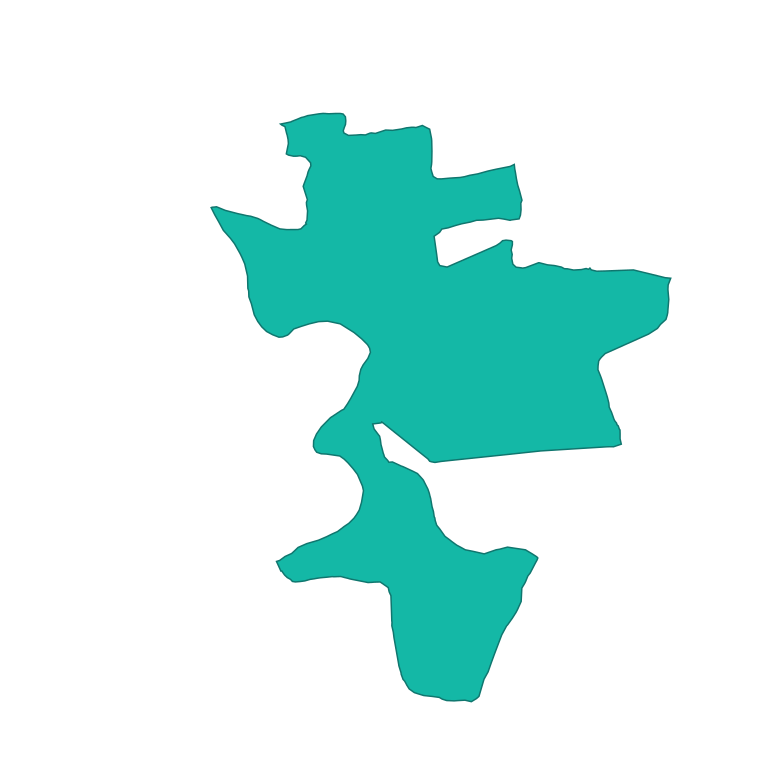 the district of Al-Mahmudiyya, Al Buhayrah, Egypt, rotated 209°
{"feature_id": "37247803B49167572517761", "entity_name": "Al-Mahmudiyya", "entity_type": "district", "adm_level": 2, "iso_a3": "EGY", "parent_name": "Egypt", "parent_adm1": "Al Buhayrah", "projection": "mercator", "projection_center": [30.503, 31.197], "detail": "fine", "context": "isolated", "style": "filled", "palette": "teal", "viewbox_px": 768, "rotation_deg": 209, "n_neighbors": 0, "source": "geoboundaries", "source_scale": "gbopen_adm2", "svg_char_len": 6159}
<svg xmlns="http://www.w3.org/2000/svg" viewBox="0 0 768 768"><g transform="rotate(209 384 384)"><path d="M184.5,615.5L189.6,613.3L195.5,611.7L221.1,604.7L245.6,589.9L252.6,585.8L256.1,584.8L258.1,584.3L260.1,585.2L260.5,584.1L260.9,583.4L263.2,583.0L266.8,579.8L269.6,578.0L272.6,576.1L273.7,575.5L279.3,573.7L282.2,572.3L285.4,572.3L290.5,570.8L292.4,570.2L298.7,567.5L304.8,565.9L306.7,565.4L307.6,565.0L310.8,561.2L316.5,554.5L318.9,552.6L320.4,552.1L325.1,550.2L327.1,550.7L329.4,551.3L333.3,555.9L334.7,559.5L337.7,562.8L338.2,564.4L339.2,568.0L340.8,570.9L342.3,571.0L346.3,569.3L347.0,569.0L349.8,566.8L350.7,564.0L351.0,563.2L353.0,559.4L358.2,552.6L385.5,516.9L392.6,514.6L396.3,516.8L400.7,522.8L411.8,537.5L408.9,543.6L408.5,547.6L403.6,551.7L398.0,557.6L393.7,561.8L387.0,567.5L382.5,572.0L376.7,575.5L370.3,580.1L364.2,584.5L359.0,586.4L353.1,588.3L352.2,589.2L345.9,593.9L346.5,597.8L348.6,602.8L350.2,605.5L352.0,608.5L352.4,611.6L359.0,618.5L363.5,622.8L365.2,624.8L367.6,627.6L371.5,632.6L373.9,635.5L376.5,639.2L377.2,638.2L379.1,635.5L381.1,633.8L387.0,628.8L389.5,626.7L392.8,623.8L396.6,620.4L403.8,613.3L408.2,609.7L410.2,608.1L414.1,604.3L417.6,601.5L426.2,596.0L433.4,591.1L437.0,589.2L439.6,589.3L441.6,589.4L445.1,592.7L447.5,595.3L448.9,599.2L450.0,601.6L454.9,610.8L460.2,619.9L461.5,621.8L467.6,629.0L471.7,628.8L475.8,628.7L478.4,625.9L480.4,623.8L482.4,623.0L484.2,622.0L488.6,618.9L492.2,615.6L499.5,610.0L505.7,606.9L513.0,599.0L515.2,598.1L516.7,597.5L517.8,596.7L519.4,594.8L521.0,592.8L525.2,590.8L528.8,588.4L535.6,584.2L540.7,584.1L542.4,585.7L543.1,589.2L543.5,592.3L544.8,595.2L545.3,596.1L547.3,599.0L548.6,599.5L550.6,600.3L552.3,599.8L553.6,599.3L556.3,597.8L558.2,596.7L560.8,595.1L563.1,593.7L565.1,592.7L566.1,592.3L568.5,591.1L570.8,589.5L572.2,588.5L578.7,583.4L580.9,581.7L582.3,580.1L583.7,578.6L585.5,577.0L588.4,573.3L590.4,570.9L592.1,568.8L592.5,568.1L596.5,564.6L600.5,561.2L598.8,560.9L595.4,561.1L590.5,555.8L589.4,554.8L586.4,551.3L584.5,548.4L584.1,547.7L581.0,537.9L578.5,537.9L573.5,539.4L570.6,541.1L569.4,542.0L567.8,543.1L566.4,543.4L562.5,544.3L555.5,541.9L553.7,539.3L553.5,535.2L553.2,532.6L552.2,528.8L551.0,520.6L550.5,517.7L546.0,513.4L540.4,508.1L539.9,505.2L538.5,503.0L534.8,498.4L530.8,490.0L530.6,486.8L529.4,486.3L529.9,485.3L530.5,484.2L531.9,479.4L534.1,477.4L543.9,471.9L545.7,471.1L550.2,469.2L552.9,468.9L557.2,468.5L560.2,468.2L561.3,468.2L562.5,468.1L568.3,467.8L571.7,467.8L574.7,467.6L581.9,466.1L585.7,464.7L590.9,463.2L592.8,462.6L594.5,462.1L607.0,458.9L616.4,457.8L618.3,456.4L620.0,455.3L620.7,454.5L614.0,449.9L607.3,445.8L599.0,440.5L589.0,437.0L582.7,434.2L573.1,428.3L569.4,425.7L564.0,421.5L555.7,412.3L549.4,401.6L547.5,399.8L544.4,394.7L538.9,389.9L531.0,381.6L524.7,377.5L518.6,374.7L512.2,373.0L505.2,373.1L498.6,374.0L495.4,376.1L492.0,380.1L491.3,381.9L489.6,388.4L484.4,394.2L478.5,400.4L471.5,406.8L463.8,411.6L451.4,415.4L435.2,414.5L425.5,412.7L417.4,410.4L413.9,408.3L411.2,405.1L410.5,398.4L411.5,390.7L411.4,385.7L409.6,379.3L407.5,375.1L406.2,369.1L406.1,355.1L406.3,348.9L406.9,342.4L408.3,340.5L414.5,328.6L418.0,316.0L418.8,307.5L418.1,300.4L415.4,295.1L412.4,292.9L409.8,291.7L405.1,292.5L400.2,294.9L392.0,298.0L387.8,299.6L382.5,299.0L377.3,297.6L370.1,295.0L363.3,292.0L353.4,284.3L350.2,280.7L346.3,269.6L344.5,261.7L344.7,256.5L345.2,252.1L347.2,245.1L349.7,240.2L353.1,232.4L356.5,227.9L360.1,222.7L365.6,215.6L374.2,206.9L379.9,199.4L381.3,194.9L382.6,191.0L386.9,185.2L389.7,179.1L392.0,176.7L383.5,170.4L382.8,170.9L378.7,168.9L377.5,168.5L375.7,168.1L374.9,167.8L371.0,167.8L368.4,166.9L365.6,167.9L361.7,170.5L357.8,173.4L353.9,177.3L350.6,179.8L348.3,181.7L345.8,183.6L340.8,187.0L335.8,190.5L334.4,191.1L331.3,193.0L328.8,194.5L327.7,194.9L324.8,195.6L321.2,196.6L319.6,196.9L316.4,197.9L310.8,199.7L304.9,201.6L301.7,202.6L299.5,204.0L298.2,204.8L297.1,205.6L293.6,207.7L291.3,209.0L290.4,208.9L281.6,208.0L278.7,204.7L275.3,202.2L267.0,188.4L262.4,180.7L261.5,179.5L259.9,176.3L257.0,173.1L255.5,171.4L255.0,170.7L252.3,167.0L235.3,146.0L234.4,144.8L231.2,141.7L229.1,139.7L228.3,138.5L225.5,136.1L224.2,134.9L222.0,134.2L220.0,133.0L219.1,132.4L218.1,131.7L214.1,129.5L208.8,128.9L207.8,128.8L203.8,129.6L198.2,130.8L190.4,134.1L183.7,136.7L180.4,136.6L176.9,137.3L175.8,137.5L169.0,140.9L166.1,142.8L159.9,146.7L153.6,148.5L150.6,153.7L149.5,156.8L153.4,174.2L153.4,182.7L155.0,192.0L156.5,201.5L159.4,221.7L159.5,231.8L159.1,233.5L158.2,241.5L157.8,248.4L157.9,251.8L158.6,260.3L164.5,272.3L164.3,278.1L164.4,280.1L165.1,285.7L164.9,287.2L164.5,289.5L164.8,300.6L164.8,304.2L165.1,306.4L166.5,306.9L167.7,307.0L172.2,307.3L178.9,307.5L179.7,307.6L181.4,307.0L191.0,303.4L196.9,301.2L201.2,297.1L202.6,295.7L205.5,293.4L214.0,284.0L225.0,280.8L232.5,278.4L237.8,278.4L242.2,278.3L248.5,279.1L250.1,279.4L256.8,280.3L265.1,284.3L269.4,286.0L273.1,289.5L274.6,291.5L275.7,292.2L278.9,296.4L281.1,298.6L282.5,300.0L287.7,306.5L289.7,308.5L291.4,310.4L294.6,313.3L300.8,317.5L302.8,318.9L304.2,319.5L305.7,320.0L311.3,321.9L316.4,321.7L325.0,321.1L327.5,320.9L329.1,320.6L332.0,320.4L338.8,319.9L341.8,317.9L343.6,318.9L348.2,320.4L350.0,322.2L351.1,323.1L354.4,326.6L357.3,329.6L359.9,333.2L362.5,336.2L364.4,337.0L366.9,338.1L370.9,339.9L374.5,343.6L372.3,345.2L369.4,347.3L367.7,348.6L367.6,349.7L364.1,349.2L360.2,348.5L356.2,347.8L350.5,346.8L347.4,346.3L338.7,344.8L334.6,344.1L320.0,341.6L312.3,340.3L309.3,339.8L306.6,338.6L305.0,338.9L301.4,340.1L297.6,343.1L296.6,343.9L287.5,350.3L269.9,362.6L241.0,382.8L214.4,401.5L158.5,437.2L156.3,438.5L152.8,440.4L147.3,446.4L151.0,450.6L153.3,454.8L155.3,458.2L156.4,458.7L158.8,460.9L160.6,461.4L161.6,462.5L164.2,463.6L165.1,464.2L165.8,464.7L167.7,466.4L171.2,469.5L173.1,470.9L175.9,473.0L177.0,474.7L178.2,476.4L182.3,480.8L184.9,483.3L187.2,485.5L188.5,486.7L195.8,493.6L198.8,496.2L200.8,497.8L203.8,500.2L205.6,503.7L207.4,508.3L207.2,510.8L206.8,512.9L205.3,517.9L176.8,555.9L171.8,565.2L171.1,570.1L168.7,577.2L169.6,581.3L170.4,583.9L171.5,586.2L175.9,596.0L180.5,602.8L181.6,604.5L183.5,608.4L184.5,615.5Z" fill="#14b8a6" stroke="#0f766e" stroke-width="1.5"/></g></svg>